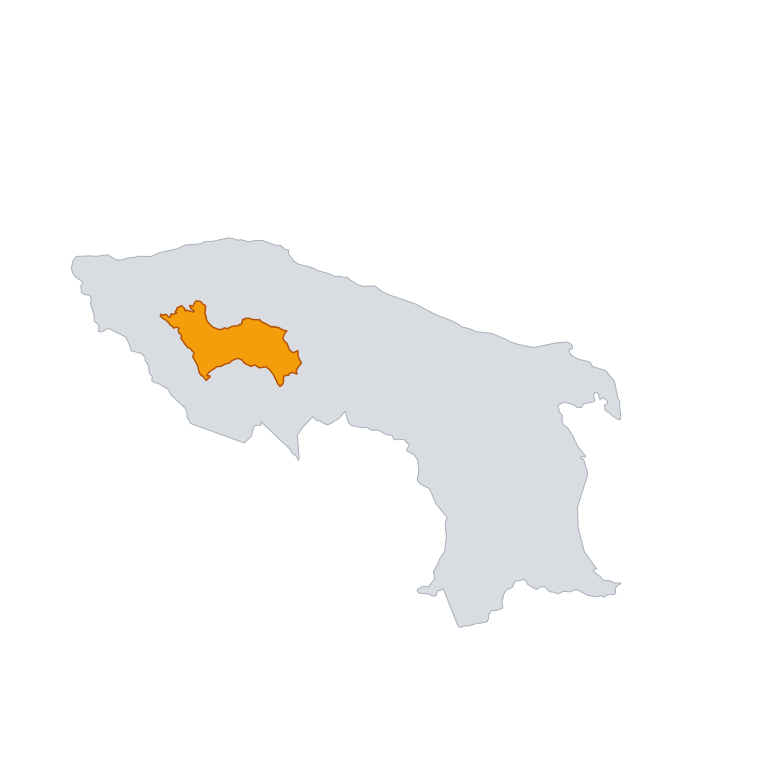 Cusco on a map of Peru (Equal Earth projection), rotated 133°
{"feature_id": "PER-571", "entity_name": "Cusco", "entity_type": "Department", "adm_level": 1, "iso_a3": "PER", "parent_name": "Peru", "parent_adm1": "", "projection": "equal_earth", "projection_center": [-72.174, -13.267], "detail": "fine", "context": "in_parent", "style": "filled", "palette": "amber", "viewbox_px": 768, "rotation_deg": 133, "n_neighbors": 0, "source": "natural_earth", "source_scale": "10m", "svg_char_len": 9743}
<svg xmlns="http://www.w3.org/2000/svg" viewBox="0 0 768 768"><g transform="rotate(133 384 384)"><path d="M513.1,216.2L512.9,218.4L510.9,219.5L508.9,217.9L506.1,218.4L501.9,213.2L491.8,214.0L487.4,220.1L480.7,221.4L473.4,224.2L465.2,225.4L452.2,235.1L449.3,239.0L443.4,244.7L438.6,246.7L436.2,264.2L431.6,274.5L429.7,280.1L432.3,288.6L432.2,292.7L429.6,296.1L427.5,296.5L423.0,300.1L416.5,307.8L415.3,313.8L417.4,321.6L416.7,322.5L411.2,324.0L411.4,328.4L410.3,330.1L414.9,336.4L417.5,337.9L417.6,339.4L417.2,341.0L416.1,341.7L416.1,343.1L419.4,347.8L421.8,357.1L426.6,361.7L426.7,364.7L428.1,367.7L430.6,369.9L436.5,379.3L436.6,383.6L430.5,393.6L440.5,393.5L451.6,396.9L453.1,398.5L454.4,403.0L454.6,406.0L456.8,408.3L456.6,413.8L471.1,413.9L480.5,412.5L495.8,395.8L498.2,394.5L496.9,398.1L496.7,400.7L497.5,403.6L495.8,407.6L495.5,448.1L498.3,446.0L501.9,449.8L504.4,450.0L512.8,445.4L522.5,446.1L544.9,498.9L542.9,502.5L543.0,505.2L540.2,507.5L537.4,511.7L537.2,532.6L534.9,538.9L536.1,542.2L537.3,548.9L539.4,552.9L539.9,555.4L539.7,556.4L536.5,558.7L536.3,562.5L530.7,569.9L529.6,574.9L527.5,576.6L527.1,582.3L532.1,591.5L528.9,597.0L525.8,605.1L530.8,622.3L532.9,624.7L535.1,624.6L538.4,626.1L540.2,628.6L536.1,631.9L535.4,633.3L535.7,638.9L531.2,643.1L525.2,653.9L523.5,654.4L520.5,657.6L519.9,659.3L520.4,660.8L523.0,664.0L523.3,667.9L518.9,672.7L515.9,673.2L514.7,674.5L515.9,681.1L515.9,684.1L515.0,687.6L512.8,691.4L506.4,695.4L500.5,696.0L490.6,686.2L487.5,682.2L477.7,673.8L476.1,665.1L472.8,660.8L466.8,657.6L461.9,653.1L458.3,651.0L449.4,641.1L441.3,638.0L426.1,627.5L417.8,624.1L407.3,614.3L401.6,611.7L397.1,607.1L383.2,597.4L381.0,594.3L378.9,589.5L375.8,586.7L372.4,580.1L367.2,576.2L362.2,571.1L356.1,557.4L353.2,554.2L353.0,547.9L350.9,545.1L353.9,543.0L355.7,533.3L354.7,528.4L347.6,515.3L346.2,509.8L341.0,499.7L339.1,493.7L335.0,489.3L333.2,485.4L331.0,483.9L330.8,479.2L329.2,470.4L326.9,465.9L318.6,457.6L317.8,448.5L315.9,442.2L304.4,416.7L297.6,392.2L292.0,378.5L289.6,370.6L289.4,366.4L285.2,359.1L283.0,352.5L273.6,339.7L268.2,325.4L267.4,321.2L263.7,313.3L257.7,303.1L254.7,299.0L236.8,286.4L228.4,278.7L227.3,274.8L227.7,272.5L229.6,270.3L232.1,272.0L233.7,271.3L234.9,268.5L234.9,264.2L233.3,258.8L227.5,248.2L229.0,243.4L223.1,231.1L224.5,219.2L225.7,216.1L234.4,204.0L236.7,198.8L240.4,195.7L244.2,190.8L248.8,187.0L250.1,188.3L251.5,194.8L251.3,199.1L252.6,203.9L249.4,208.3L246.0,207.3L244.6,208.4L244.1,210.5L244.7,213.8L245.6,215.1L248.2,215.2L244.7,221.6L245.0,222.9L247.4,224.0L249.7,222.4L252.1,218.8L253.6,218.3L262.4,224.5L266.4,223.7L269.5,226.6L269.9,231.1L274.3,240.0L280.8,242.1L281.9,241.4L283.4,238.1L284.8,237.6L285.1,232.6L290.7,227.4L291.5,223.8L290.7,221.3L290.9,219.3L294.1,207.6L295.2,206.4L296.1,202.7L297.4,200.4L299.3,187.4L300.9,187.4L302.3,190.5L304.1,189.7L303.1,186.8L303.4,185.8L309.7,175.3L311.6,173.1L341.8,158.7L356.8,143.9L370.0,123.2L374.2,102.3L375.7,103.8L378.2,103.3L377.4,94.8L378.0,90.8L377.9,89.6L373.8,84.6L372.1,79.1L368.5,75.9L368.6,74.7L372.4,75.9L375.9,75.4L378.9,72.0L381.1,72.3L386.0,77.0L389.7,77.4L390.8,80.8L394.4,83.2L399.5,90.5L401.7,98.3L401.6,99.8L403.8,103.9L408.8,105.9L413.6,111.7L418.7,113.5L421.0,118.7L422.4,120.4L423.1,123.4L422.3,126.9L423.0,128.8L426.8,131.9L430.0,132.0L430.7,133.5L432.5,142.1L431.3,146.5L431.7,148.9L435.9,151.0L437.2,152.9L440.5,153.3L445.2,151.4L451.1,154.1L455.6,153.1L457.7,152.4L459.8,150.5L461.6,150.6L466.2,145.0L467.5,144.6L472.5,147.0L476.6,150.8L481.7,150.1L483.8,147.8L487.5,146.4L494.3,151.1L495.7,153.3L497.6,153.7L504.7,158.3L506.0,160.2L509.8,162.0L510.6,163.5L510.4,165.1L493.5,200.6L498.7,203.5L503.6,201.7L506.1,204.1L508.0,209.8L511.8,213.7L513.1,216.2Z" fill="#d9dde1" stroke="#a8b0b8" stroke-width="1"/><path d="M417.0,503.6L416.7,503.2L415.3,500.8L415.1,499.8L415.0,499.3L414.7,499.1L414.2,499.0L414.1,498.6L414.3,497.6L414.2,497.0L414.1,496.8L413.7,496.1L413.6,495.7L413.5,494.8L413.3,494.4L412.3,492.8L411.6,491.2L414.2,491.2L415.1,491.0L418.0,489.9L418.9,489.5L419.3,489.1L419.8,488.4L420.3,487.1L420.4,486.4L420.5,485.7L420.6,484.9L420.5,483.5L420.6,482.5L420.7,482.1L423.1,477.3L423.2,477.0L423.6,474.1L423.6,473.2L423.5,472.9L423.3,472.4L422.6,471.7L422.1,471.3L421.9,471.2L421.1,470.9L419.9,470.3L419.6,470.2L419.0,470.3L418.8,470.2L418.6,470.0L418.6,469.7L418.7,469.4L418.9,469.2L419.7,468.4L422.1,465.9L423.5,463.1L424.6,459.8L424.9,458.8L425.6,459.0L426.7,458.5L427.4,458.4L429.2,458.4L432.5,457.8L433.5,457.5L434.3,457.1L434.5,456.8L434.7,456.6L435.6,454.9L435.8,454.7L436.1,454.6L436.3,454.8L436.5,455.1L436.7,456.2L436.9,456.5L437.2,457.0L437.3,457.3L437.4,458.0L437.5,458.3L438.2,459.0L439.2,459.4L439.4,459.5L440.0,460.2L440.4,460.4L441.2,460.3L441.5,460.4L441.8,460.3L442.5,459.8L443.0,459.7L443.2,459.9L443.3,460.2L443.4,460.6L443.6,460.9L443.8,461.0L444.1,461.0L444.3,461.2L444.9,461.8L445.5,462.1L446.6,462.4L447.4,462.2L447.7,462.0L447.9,461.8L448.1,461.6L448.5,461.2L449.2,460.8L449.4,460.6L450.4,459.5L450.8,459.1L451.7,458.6L453.5,457.9L453.9,457.8L454.7,458.4L455.0,458.4L455.6,458.1L456.2,458.2L456.6,458.4L456.5,460.5L456.1,462.3L452.8,470.5L452.3,472.3L452.2,473.6L451.9,475.8L451.7,476.7L451.5,478.0L451.5,478.5L451.9,481.3L452.0,481.7L452.1,482.0L452.6,482.6L454.7,484.3L456.5,485.5L456.8,485.8L457.1,486.4L457.3,487.1L458.0,490.6L458.2,491.2L458.5,491.6L458.8,491.9L459.5,492.4L460.6,492.6L461.2,492.8L461.5,493.0L461.8,493.5L462.0,493.9L462.5,495.5L463.4,498.1L463.7,499.7L463.9,500.8L463.9,501.5L463.5,503.0L463.4,503.6L463.4,504.5L463.5,505.1L463.8,505.6L464.4,507.3L464.8,508.2L465.6,508.9L466.3,509.3L471.0,511.3L471.5,511.4L472.0,511.4L473.3,511.2L473.8,511.2L474.1,511.3L474.4,511.5L475.0,512.1L475.5,512.5L478.1,513.8L482.0,515.2L482.4,515.5L485.5,518.1L485.9,518.3L486.7,518.4L487.4,518.4L494.5,520.0L497.6,519.8L498.1,519.5L498.5,519.2L498.5,518.8L498.3,518.4L497.6,517.9L497.3,517.6L497.0,517.2L496.9,516.8L497.0,516.3L497.3,516.1L497.7,516.0L498.5,516.1L499.6,516.5L501.0,516.3L501.8,516.4L502.6,516.6L502.0,520.4L501.9,521.6L502.3,523.6L502.3,524.4L502.1,525.3L501.4,527.3L501.0,528.0L499.5,530.1L498.8,530.9L498.3,531.7L497.9,532.3L497.2,534.1L494.8,541.6L494.4,542.5L494.0,542.8L493.4,543.1L491.3,543.5L490.9,543.8L490.7,545.5L490.6,547.3L490.1,550.1L490.3,550.6L490.5,551.0L490.9,551.4L491.1,552.1L491.1,552.9L490.5,557.4L490.3,558.2L489.9,559.4L489.1,563.6L488.8,564.1L488.6,564.3L487.3,564.2L486.8,564.7L486.4,566.3L486.2,567.2L486.3,567.8L486.6,568.4L486.6,568.8L486.5,569.1L486.4,569.3L486.0,569.8L484.9,571.2L484.7,571.4L483.7,571.5L483.3,571.7L483.1,572.1L483.2,572.8L483.3,573.1L483.9,574.2L484.3,574.9L484.6,575.1L484.8,575.3L485.7,575.3L486.3,575.7L486.5,576.1L486.5,576.5L486.2,578.0L486.3,578.5L486.3,579.1L486.6,580.2L486.7,580.9L486.7,581.3L486.1,582.5L485.9,583.2L485.9,584.2L486.2,584.9L486.3,585.2L486.0,586.2L486.0,586.9L486.0,587.4L486.1,587.7L486.3,588.0L486.5,588.6L486.7,589.5L486.8,590.6L486.8,593.3L486.7,593.8L486.6,594.1L485.8,594.5L485.5,594.8L485.1,594.3L484.5,593.3L484.1,592.8L483.4,592.0L483.0,591.7L482.3,591.4L482.0,591.2L481.8,590.9L481.7,590.6L481.8,589.1L481.9,588.4L481.9,588.0L481.9,587.6L481.7,587.0L481.5,586.6L481.3,586.3L480.8,586.0L480.4,585.9L480.1,586.0L479.7,586.4L479.0,587.3L478.7,587.5L478.4,587.5L478.1,587.3L477.8,587.2L476.4,585.4L476.0,585.1L475.6,585.0L475.1,585.1L474.7,585.0L473.9,584.2L473.6,584.1L473.4,584.2L473.4,584.5L473.6,585.5L473.4,586.0L473.1,586.1L472.8,586.2L471.9,586.1L471.6,586.1L471.1,586.2L470.4,586.6L469.7,587.3L469.3,587.3L469.0,587.0L468.7,586.9L465.5,585.8L464.9,585.4L464.6,585.0L464.6,584.6L464.9,584.0L465.0,583.5L464.7,581.5L464.7,581.1L464.9,580.8L465.1,580.6L465.5,580.3L465.7,580.1L465.9,579.8L466.0,579.5L466.0,579.2L465.9,579.0L464.8,578.6L464.5,578.4L464.2,578.2L463.9,577.6L463.6,576.6L461.9,573.4L461.4,572.7L461.1,572.4L460.6,572.3L460.4,572.4L460.2,572.6L460.1,572.9L460.0,573.3L460.0,573.6L460.1,573.9L460.5,574.8L460.6,575.5L460.5,576.2L460.5,576.5L460.2,577.2L460.1,578.2L459.4,579.4L459.2,579.6L458.9,579.5L458.7,579.3L458.6,579.1L458.3,578.5L458.0,577.5L457.9,577.2L457.7,576.9L457.1,576.7L456.9,576.7L456.3,577.1L455.7,577.4L455.1,577.6L454.4,577.7L452.7,578.2L451.1,577.7L450.5,577.3L449.0,574.7L448.8,574.3L448.8,574.0L448.8,573.7L448.9,573.1L449.0,571.7L449.1,570.9L449.0,570.5L448.6,569.2L448.5,568.9L448.5,568.5L448.6,568.2L448.9,567.6L449.1,567.2L449.4,566.9L449.7,566.7L450.3,566.5L450.7,566.3L451.1,565.8L451.4,565.4L451.5,565.1L451.7,564.8L452.0,564.6L452.9,564.4L453.3,564.1L454.1,563.8L454.4,563.5L455.1,561.7L455.3,561.3L455.9,560.5L456.7,559.2L457.7,558.2L458.1,557.7L458.3,557.0L459.1,553.4L459.1,547.6L458.7,546.6L458.3,545.7L457.6,543.9L457.4,543.1L457.0,542.4L455.6,540.8L455.4,540.4L455.2,540.4L454.4,539.6L454.3,539.4L453.0,539.5L452.7,539.4L451.7,538.7L451.2,538.2L450.9,537.8L451.1,537.5L450.6,536.5L450.3,536.1L450.0,535.9L448.9,535.9L448.6,535.8L448.2,535.4L447.2,535.0L446.2,535.0L445.9,534.8L445.7,534.4L445.2,534.2L443.4,532.8L441.7,531.1L440.9,530.5L440.0,530.4L438.9,530.3L438.8,530.2L438.7,529.9L438.5,529.6L438.5,529.3L438.4,529.2L437.7,529.2L436.9,529.3L436.5,529.5L435.7,530.2L435.6,530.3L435.4,530.3L435.0,530.1L434.7,530.2L434.5,530.3L434.1,530.9L433.5,531.3L433.1,531.1L432.7,530.6L432.2,530.3L431.7,530.7L431.3,530.5L430.4,530.1L430.2,529.7L429.5,528.9L428.3,527.9L428.1,527.6L428.0,527.2L427.5,526.5L426.9,525.0L425.6,522.9L424.9,522.1L424.1,521.7L423.9,521.5L423.4,520.2L423.0,519.8L422.1,519.2L421.7,518.9L421.7,518.7L422.1,517.9L421.6,515.3L421.8,514.7L421.9,514.4L421.7,514.2L421.2,513.9L421.1,513.6L420.8,511.8L420.6,511.3L420.3,510.8L420.0,509.5L419.9,508.3L419.8,507.9L419.4,507.1L419.3,506.5L419.1,505.3L418.8,504.9L417.6,503.2L417.2,502.9L417.0,503.6Z" fill="#f59e0b" stroke="#b45309" stroke-width="1.5"/></g></svg>